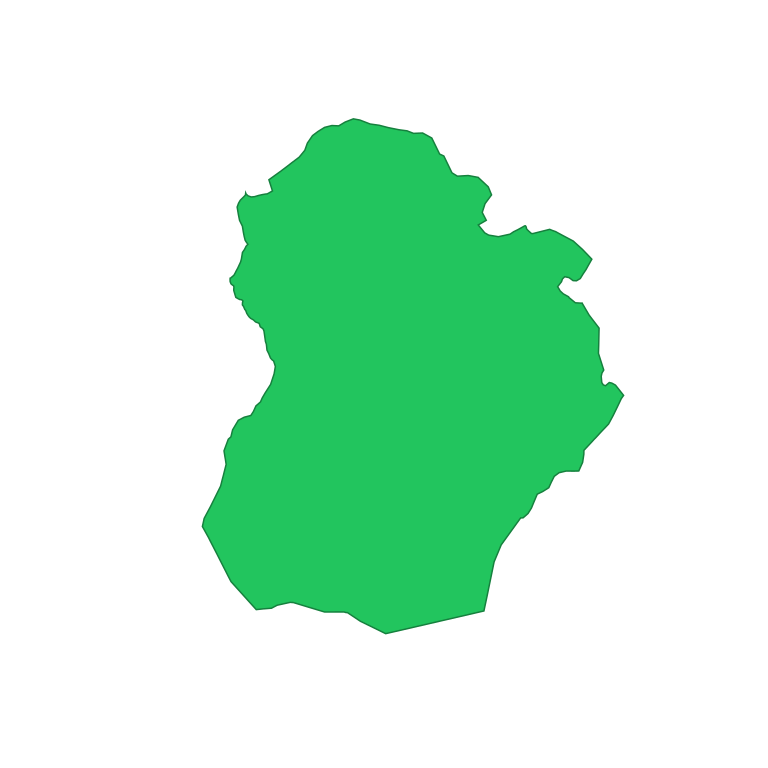 Bura', Al Hudaydah, Yemen, rotated 143°
{"feature_id": "15242507B60755531991601", "entity_name": "Bura'", "entity_type": "district", "adm_level": 2, "iso_a3": "YEM", "parent_name": "Yemen", "parent_adm1": "Al Hudaydah", "projection": "orthographic", "projection_center": [43.464, 14.907], "detail": "fine", "context": "isolated", "style": "filled", "palette": "green", "viewbox_px": 768, "rotation_deg": 143, "n_neighbors": 0, "source": "geoboundaries", "source_scale": "gbopen_adm2", "svg_char_len": 3531}
<svg xmlns="http://www.w3.org/2000/svg" viewBox="0 0 768 768"><g transform="rotate(143 384 384)"><path d="M440.8,142.6L429.2,152.7L403.1,175.7L387.2,185.0L355.5,194.8L353.4,193.4L346.9,193.9L340.9,196.2L335.0,199.7L327.9,203.8L322.0,202.6L314.8,202.0L309.5,204.9L303.6,207.8L298.4,207.8L297.6,207.8L291.0,204.9L285.6,200.8L284.8,200.2L284.6,200.0L284.0,199.6L280.8,197.3L272.5,201.9L266.6,207.7L264.3,210.7L252.3,212.8L249.3,213.4L247.6,213.6L240.6,214.9L228.7,216.9L220.0,220.9L214.5,223.7L210.2,225.9L203.3,229.5L200.8,230.3L199.5,230.7L199.8,243.8L201.5,247.6L203.2,249.6L206.3,249.4L208.1,249.3L209.4,251.3L209.2,254.1L205.9,259.4L203.3,261.6L200.1,262.9L194.3,279.4L189.4,285.5L178.6,299.2L178.6,299.8L178.7,312.0L178.7,315.8L177.1,329.5L177.5,329.6L182.3,333.7L184.0,340.7L184.2,341.3L184.1,342.6L186.6,348.2L187.3,352.3L187.0,354.7L186.8,357.2L180.6,358.9L178.3,360.5L175.1,360.9L172.2,357.6L170.8,352.8L168.2,350.6L163.8,350.1L158.7,352.1L153.8,353.8L150.7,355.2L142.9,358.6L144.5,372.1L145.7,378.3L146.8,384.2L151.8,394.9L154.6,401.0L155.2,402.4L157.2,405.4L158.6,407.8L174.7,414.6L175.7,415.5L176.1,417.5L176.7,420.7L176.7,422.5L176.1,423.4L175.8,424.5L175.9,425.3L176.7,425.7L177.8,425.8L184.2,426.7L188.9,427.6L193.1,427.8L204.0,432.8L207.6,436.6L210.8,439.9L212.6,444.1L213.0,454.3L203.8,453.2L202.3,461.9L194.8,467.2L184.3,470.3L183.4,473.7L183.1,474.8L182.1,478.7L182.9,483.4L184.4,492.0L184.4,492.3L189.6,498.0L191.3,499.8L200.3,505.8L201.8,509.6L202.5,511.4L202.6,511.9L199.0,530.1L201.2,534.2L197.8,551.7L202.1,561.2L209.6,566.4L213.2,572.3L219.0,578.0L226.3,586.2L232.1,593.5L238.6,600.0L244.4,609.3L248.9,614.2L257.4,616.6L264.8,617.4L270.1,621.8L277.0,624.7L284.7,625.4L291.6,625.4L300.2,622.5L306.6,618.3L315.2,616.2L324.5,616.2L330.6,616.1L335.2,616.1L339.1,616.1L353.0,616.4L356.9,605.3L362.8,606.1L364.5,607.1L367.2,608.5L370.8,610.1L374.6,611.5L377.5,613.3L379.3,616.0L379.8,618.7L379.5,619.8L381.0,618.3L383.3,617.9L388.0,617.3L389.3,616.8L391.4,615.9L394.8,613.7L398.3,607.0L400.9,601.6L402.1,595.3L405.1,589.6L406.8,586.1L407.4,584.7L408.4,582.3L408.6,579.8L408.6,577.5L411.3,577.0L413.0,576.1L414.7,575.3L417.8,574.3L422.7,569.6L425.2,567.7L428.4,566.0L431.2,564.5L433.9,563.3L436.1,562.2L438.4,561.2L443.2,560.9L443.3,561.0L444.2,559.9L445.3,558.3L445.9,556.0L445.6,554.6L445.0,552.9L445.7,551.5L446.8,550.3L447.7,549.1L449.5,544.3L450.2,542.3L450.0,541.9L449.5,540.6L448.4,538.3L447.0,537.0L446.7,535.2L448.1,534.1L449.5,532.4L449.5,530.5L450.3,527.4L450.2,526.0L451.1,522.9L451.3,520.4L451.3,518.5L450.9,516.4L449.7,513.8L449.3,511.2L448.9,510.2L448.2,509.3L447.2,507.5L448.4,504.2L447.9,502.7L447.4,500.7L448.0,498.5L451.8,491.6L453.1,489.3L454.0,486.6L455.3,484.4L455.5,484.1L457.1,481.4L457.8,477.5L459.0,473.2L458.9,471.0L458.3,468.8L460.2,463.4L465.7,458.2L474.8,451.9L484.0,448.5L489.5,446.2L493.5,444.0L499.4,443.6L504.9,440.6L509.3,439.0L515.6,441.6L522.2,442.7L532.5,438.5L538.1,433.9L540.6,433.7L541.6,433.6L549.7,428.4L552.0,426.9L555.1,421.1L555.9,419.5L558.5,414.7L559.2,414.2L564.3,410.1L567.5,407.5L569.7,405.8L575.3,401.3L576.1,400.7L596.4,390.5L602.9,387.5L608.5,384.9L613.0,381.0L614.8,379.5L616.6,366.6L617.2,363.5L619.4,350.7L619.7,348.9L621.0,341.7L623.7,326.4L624.1,324.2L625.1,318.2L621.8,280.7L615.1,276.7L614.7,276.4L608.7,272.6L607.8,272.5L602.4,271.6L594.1,267.8L590.2,266.0L588.6,264.5L588.3,264.5L585.5,260.7L578.0,250.4L568.6,237.6L553.1,226.0L551.9,224.3L550.8,223.5L545.6,208.6L532.9,183.6L440.8,142.6Z" fill="#22c55e" stroke="#15803d" stroke-width="1.5"/></g></svg>